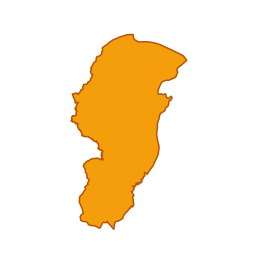 Nonghed, Xiangkhoang, Laos, rotated 155°
{"feature_id": "54806243B9713261683611", "entity_name": "Nonghed", "entity_type": "district", "adm_level": 2, "iso_a3": "LAO", "parent_name": "Laos", "parent_adm1": "Xiangkhoang", "projection": "robinson", "projection_center": [104.045, 19.614], "detail": "fine", "context": "isolated", "style": "filled", "palette": "amber", "viewbox_px": 256, "rotation_deg": 155, "n_neighbors": 0, "source": "geoboundaries", "source_scale": "gbopen_adm2", "svg_char_len": 5854}
<svg xmlns="http://www.w3.org/2000/svg" viewBox="0 0 256 256"><g transform="rotate(155 128 128)"><path d="M130.2,78.0L126.1,80.6L121.6,83.0L118.4,85.6L112.1,91.1L108.4,96.5L107.5,98.9L106.7,103.2L104.9,110.0L102.3,114.4L101.5,115.2L99.7,119.2L97.8,121.6L96.5,122.7L95.6,123.7L95.1,124.8L93.6,126.4L92.4,127.4L90.1,127.8L89.0,127.8L87.1,128.2L86.2,129.6L85.2,130.1L81.9,131.3L81.4,132.3L80.8,132.9L80.3,133.9L79.3,135.1L78.3,135.0L77.1,135.3L75.7,136.3L75.3,137.1L75.2,137.7L75.6,138.5L76.6,138.4L77.5,138.0L78.9,137.7L79.7,138.7L80.1,139.8L80.1,140.9L79.4,142.4L79.7,143.1L82.0,143.3L82.7,144.0L83.2,144.8L84.3,145.0L86.1,145.8L86.2,146.6L86.0,147.5L84.9,149.4L79.6,154.2L78.1,155.1L76.5,155.4L75.1,155.4L73.3,155.2L71.0,154.1L70.0,154.0L64.1,153.8L62.0,154.8L61.2,156.2L59.7,157.2L59.2,157.8L59.3,159.7L57.8,161.4L52.3,162.7L46.2,164.5L46.7,167.6L47.6,170.4L54.8,179.5L63.9,190.2L67.2,193.3L72.6,197.1L77.5,199.7L80.2,200.6L82.7,202.2L83.5,203.4L83.8,204.2L84.8,205.1L84.8,207.1L84.4,209.5L83.8,210.4L86.0,211.5L89.5,212.9L92.4,213.3L98.6,214.1L101.9,214.0L103.4,214.2L105.0,214.1L109.3,213.4L111.1,212.7L116.4,211.8L117.7,211.2L117.7,210.2L118.1,209.2L118.6,208.7L119.5,208.3L120.2,206.8L120.9,206.2L122.0,205.5L122.5,205.4L123.6,205.3L125.7,205.7L126.3,205.6L126.9,205.2L127.1,204.7L127.7,204.1L128.5,202.3L131.1,201.8L134.2,199.5L135.2,198.6L136.3,198.1L136.5,197.7L136.4,196.4L136.5,196.3L137.4,196.0L138.1,194.9L138.1,194.2L138.4,193.4L138.1,191.9L137.6,191.5L137.6,191.2L137.8,190.9L138.6,190.5L138.9,189.7L139.7,189.0L140.6,188.9L141.2,188.5L142.0,186.9L143.9,186.5L144.8,186.6L145.4,186.1L145.9,185.2L146.2,185.0L148.7,185.9L150.0,186.0L150.4,185.7L150.6,184.7L151.4,184.6L151.7,184.3L152.4,182.3L152.8,182.2L154.5,182.4L155.2,181.5L157.7,180.4L158.9,179.5L159.2,179.8L159.5,180.7L160.0,181.5L162.2,182.0L163.1,181.8L164.0,182.2L164.0,181.5L164.3,180.6L164.3,179.7L164.5,179.1L164.4,178.7L164.5,178.1L164.3,177.6L164.3,176.9L164.7,174.6L165.1,173.8L165.2,173.3L165.0,172.8L163.2,172.6L162.5,172.1L163.7,171.6L164.4,170.8L164.9,170.6L165.3,170.0L165.3,169.5L166.1,169.2L166.6,168.3L167.6,168.3L167.4,167.8L167.4,167.5L167.6,167.4L167.3,167.1L167.3,166.8L167.5,166.8L167.5,166.0L167.8,165.9L167.3,165.2L167.5,164.9L167.5,164.6L168.0,164.3L168.1,163.9L168.5,163.5L168.7,163.1L168.9,163.0L169.1,162.2L169.5,162.1L169.6,161.8L170.0,161.7L170.6,161.3L172.7,162.4L173.1,162.0L173.6,162.1L174.5,161.6L174.7,160.9L175.1,160.2L174.9,159.8L175.0,159.4L176.0,159.0L176.5,158.5L176.2,158.0L175.5,157.5L175.5,157.3L175.3,157.4L175.2,157.1L174.9,157.0L174.9,156.7L174.6,156.7L174.2,156.2L174.0,155.4L173.6,155.2L173.6,154.7L173.3,154.6L173.3,154.3L173.0,154.6L172.7,154.4L172.1,153.0L171.7,152.7L172.7,152.2L172.7,151.7L172.7,151.1L173.0,151.1L173.2,150.1L173.0,148.9L173.2,148.0L173.0,147.8L173.2,147.6L172.6,147.0L172.7,146.9L172.7,146.6L172.3,146.5L172.4,145.7L172.0,144.3L172.2,143.9L172.1,142.7L172.2,141.7L172.1,141.3L172.7,141.2L172.9,141.0L172.8,140.5L172.4,139.9L172.2,139.9L171.5,139.1L170.6,138.6L170.3,138.1L168.1,137.2L167.8,137.2L167.2,135.8L166.9,135.6L165.6,133.3L165.4,133.1L165.3,132.8L165.1,132.9L165.1,132.6L164.5,131.8L164.7,131.4L164.5,130.6L163.9,130.2L163.3,129.5L163.1,129.6L163.0,129.3L162.7,129.2L162.5,128.9L162.3,129.1L162.3,128.8L162.1,128.7L162.2,128.2L162.0,127.8L162.2,127.5L161.7,126.8L161.7,126.4L161.5,126.1L161.8,125.9L161.7,125.5L161.9,125.4L161.9,124.9L162.0,124.6L162.2,124.4L162.4,124.1L162.4,123.8L162.6,123.2L163.2,122.8L163.1,122.5L163.4,122.6L163.7,122.0L163.3,121.9L163.5,121.6L163.0,120.2L162.6,120.0L162.4,120.1L162.2,119.7L161.5,119.4L161.4,119.0L161.1,118.9L160.8,117.7L161.2,117.7L161.2,117.4L161.8,117.2L161.7,116.6L162.3,116.3L162.4,115.9L162.8,116.1L162.8,115.6L163.5,114.7L163.3,114.5L163.6,114.3L163.4,114.1L163.8,114.1L163.7,113.5L164.1,113.1L164.3,112.3L164.1,112.0L164.4,112.0L164.5,111.3L164.7,111.2L164.1,110.9L164.2,110.3L164.0,110.1L164.0,109.8L165.2,110.1L165.8,111.2L166.7,111.6L167.5,112.7L168.8,113.7L169.1,114.0L170.9,114.3L173.2,115.4L174.3,115.2L175.4,115.4L177.2,115.0L177.7,114.8L178.7,115.3L180.5,114.8L181.7,114.1L183.1,113.9L184.0,113.1L184.5,112.3L184.6,111.9L184.2,108.5L184.6,107.7L184.9,106.3L185.4,105.8L184.8,104.6L184.8,104.2L185.1,102.9L185.6,101.9L185.8,101.0L186.1,100.6L186.3,99.7L186.0,99.3L185.5,98.8L185.2,98.1L185.0,97.6L185.2,97.2L187.7,95.2L188.1,94.7L188.1,94.3L188.0,93.9L192.1,92.8L192.1,91.3L192.8,90.0L194.0,89.6L195.6,88.7L197.2,87.4L200.0,86.7L201.7,85.0L202.3,83.2L203.3,81.9L203.5,79.5L203.6,74.2L204.6,69.6L207.3,68.9L208.6,68.0L209.3,66.6L209.8,64.2L208.3,62.3L206.2,61.2L204.8,59.7L204.6,56.9L202.2,54.9L200.1,53.8L198.2,52.1L197.3,50.4L196.0,49.2L193.9,50.4L192.9,51.4L190.8,52.8L190.0,52.9L189.3,52.2L188.6,52.0L187.9,51.5L187.4,51.4L186.5,51.9L183.5,41.8L183.2,43.5L182.1,44.5L181.6,45.8L179.4,48.1L178.3,48.2L177.0,47.9L174.1,47.8L171.2,48.2L168.9,50.5L164.8,52.7L163.8,52.6L162.3,53.7L160.8,54.1L160.0,54.4L159.5,55.0L158.3,55.2L157.6,54.7L157.4,54.9L157.5,55.4L157.0,55.0L156.5,54.9L156.4,55.0L156.3,55.4L155.7,55.5L155.1,56.6L155.1,57.0L154.7,57.2L154.5,58.2L154.6,58.9L154.2,59.3L153.6,60.6L153.6,61.9L153.2,62.7L153.0,63.5L152.6,63.9L151.5,64.1L151.1,64.7L151.1,65.4L151.7,67.0L151.4,67.6L151.7,68.8L150.6,68.7L148.8,69.8L148.3,70.9L147.6,71.1L147.4,71.3L147.3,72.4L147.4,72.9L147.7,73.0L147.2,73.1L146.4,72.4L145.5,72.3L145.3,72.6L145.2,72.9L144.6,73.1L144.5,73.8L144.1,74.1L144.0,74.5L143.7,74.6L143.3,74.3L143.7,73.4L143.6,72.9L142.7,72.7L141.6,72.7L141.7,72.9L142.0,73.1L142.0,73.3L141.3,74.0L140.8,73.7L140.2,73.6L139.4,72.8L138.7,73.7L138.4,73.8L138.0,73.5L137.8,73.6L137.8,74.1L138.1,74.5L138.0,75.7L137.2,75.9L136.5,75.5L136.0,75.6L135.8,75.9L135.2,76.4L135.0,76.9L134.2,77.4L133.4,77.3L132.8,77.7L132.6,78.1L132.4,79.1L132.5,80.0L131.7,80.4L131.2,80.2L130.9,79.8L130.2,78.0Z" fill="#f59e0b" stroke="#b45309" stroke-width="1.5"/></g></svg>